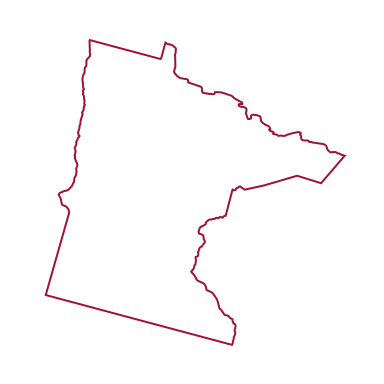 SVG path tracing the border of Minnesota, rotated 15°
{"feature_id": "USA-3514", "entity_name": "Minnesota", "entity_type": "State", "adm_level": 1, "iso_a3": "USA", "parent_name": "United States of America", "parent_adm1": "", "projection": "equal_earth", "projection_center": [-93.694, 46.435], "detail": "fine", "context": "isolated", "style": "outline", "palette": "rose", "viewbox_px": 384, "rotation_deg": 15, "n_neighbors": 0, "source": "natural_earth", "source_scale": "10m", "svg_char_len": 5842}
<svg xmlns="http://www.w3.org/2000/svg" viewBox="0 0 384 384"><g transform="rotate(15 192 192)"><path d="M54.0,71.7L126.9,71.7L127.2,71.6L127.5,71.3L127.6,70.8L127.7,54.6L129.7,55.3L134.0,55.2L136.0,55.7L138.4,56.9L139.1,57.4L139.5,58.1L139.7,59.9L140.0,61.0L140.2,61.8L140.0,63.8L140.3,64.7L140.7,65.6L143.5,75.3L143.4,78.5L143.4,79.4L143.5,80.1L143.8,80.9L144.2,81.4L147.6,83.8L150.3,84.8L151.7,85.0L157.7,84.4L158.3,84.5L158.7,84.6L159.0,84.9L159.3,85.1L159.6,85.5L159.7,85.8L159.8,87.0L160.5,87.2L173.2,88.0L174.6,88.8L175.6,92.2L176.7,93.3L177.4,93.4L182.5,92.8L183.0,93.0L184.2,92.4L186.9,92.2L188.0,91.6L188.3,90.9L188.3,90.2L188.3,89.7L189.6,89.4L190.7,88.9L195.3,88.2L205.2,88.8L206.0,89.1L208.6,90.5L214.3,92.0L217.0,92.5L217.7,93.3L217.8,94.1L217.1,94.3L215.5,94.6L214.8,95.0L214.5,96.0L215.1,96.7L216.0,96.8L216.7,97.0L219.8,96.6L221.4,96.7L222.7,97.2L223.3,98.3L223.5,99.0L223.6,100.9L223.7,102.0L224.1,102.8L225.3,104.2L226.6,106.4L227.0,106.9L227.7,106.9L228.6,106.6L229.4,106.1L229.9,105.7L229.8,104.7L229.5,103.8L229.4,102.8L230.2,101.9L231.0,101.5L234.7,101.0L237.7,101.2L238.7,101.8L239.2,102.7L239.5,103.9L240.0,105.1L240.6,105.7L241.2,106.3L241.8,106.6L245.6,108.1L248.8,108.5L249.5,108.9L250.1,109.4L251.3,110.8L250.5,112.0L251.4,112.6L254.0,113.0L254.8,113.0L255.1,113.1L255.4,113.4L255.5,113.9L255.3,114.3L255.2,114.7L255.6,114.9L258.8,114.7L259.6,114.9L260.3,115.3L260.9,115.4L263.1,114.5L266.3,114.1L267.7,113.3L268.9,112.2L273.6,109.3L275.1,108.6L275.8,108.2L278.9,106.7L280.6,106.4L281.8,107.0L281.9,107.4L281.5,108.0L281.5,108.4L281.8,109.0L282.1,109.2L282.5,109.4L282.9,109.7L283.2,110.4L283.5,111.7L283.9,112.5L285.2,113.3L286.9,113.2L290.1,112.4L291.0,112.3L291.5,112.6L291.9,113.0L292.6,113.3L293.0,113.2L294.1,112.8L294.5,112.7L294.7,112.8L294.9,112.9L295.2,113.0L305.6,111.8L307.7,111.8L309.4,112.5L309.9,112.9L311.8,115.8L312.3,116.3L312.8,116.7L315.0,117.7L315.6,117.8L319.2,116.5L320.0,116.3L320.6,116.3L321.2,116.5L322.0,116.9L322.4,117.0L323.6,116.7L324.4,116.8L326.7,117.3L330.1,117.4L314.4,150.1L289.3,149.1L260.1,166.9L242.3,176.1L237.0,174.2L236.5,174.4L235.9,174.8L235.6,175.2L235.3,176.0L235.2,176.2L235.0,176.3L234.4,176.5L234.2,176.6L233.9,176.9L233.8,177.1L233.7,177.4L233.5,178.6L233.4,178.9L233.2,179.1L232.5,179.3L231.9,179.4L231.3,179.3L230.6,179.1L230.5,179.3L230.7,206.3L230.0,206.4L229.5,206.7L229.0,207.3L228.6,207.9L228.5,208.5L228.1,208.9L227.3,208.9L226.4,208.7L225.7,208.7L225.2,209.1L224.4,210.3L223.9,210.6L222.4,210.6L222.0,210.7L221.4,211.2L221.3,211.4L220.9,212.0L220.7,212.2L220.4,212.4L219.5,212.5L217.5,213.7L216.9,213.8L215.7,214.3L214.7,215.5L213.3,218.0L213.5,219.4L212.5,220.8L209.3,223.6L209.0,224.2L208.8,225.0L208.6,228.5L209.3,230.2L210.9,230.5L212.7,230.5L214.1,231.0L214.5,231.7L215.1,233.5L215.4,234.2L216.0,235.0L216.7,235.6L217.2,236.4L217.4,237.3L217.2,238.1L216.2,239.8L215.7,241.7L215.3,242.3L214.7,242.7L214.2,243.3L213.9,244.1L213.7,244.9L213.7,247.1L213.5,248.1L213.4,248.6L213.6,248.9L214.2,250.4L214.3,251.5L214.1,252.5L213.6,253.1L212.9,253.4L212.4,253.8L212.6,254.9L213.5,257.0L213.8,259.0L214.0,261.1L213.9,261.4L213.4,262.2L213.3,262.7L213.5,264.2L213.5,264.8L213.3,266.1L211.8,269.1L212.8,269.9L215.1,271.3L217.7,273.7L218.3,274.1L218.5,274.5L218.7,275.0L218.9,275.3L220.5,276.2L226.2,277.1L227.5,277.6L228.8,278.5L229.8,279.8L230.8,281.8L231.1,282.4L231.5,282.8L232.0,283.0L236.3,283.7L238.3,284.4L243.9,289.2L245.4,291.5L248.2,296.6L248.9,297.5L250.4,298.1L254.7,301.8L255.1,302.0L255.6,302.2L259.2,302.2L259.4,302.3L261.5,303.9L261.8,304.0L262.1,304.1L263.4,304.2L263.9,304.4L264.1,304.7L264.3,304.9L264.4,305.6L264.7,306.3L265.6,307.3L265.9,308.0L267.5,308.5L268.0,308.8L268.3,309.2L268.6,309.7L268.7,310.2L268.9,311.4L269.0,312.5L268.9,313.9L268.9,314.3L269.0,314.7L269.2,315.1L269.4,315.5L269.9,316.1L270.1,316.4L270.2,316.9L270.4,317.8L270.4,318.7L270.0,321.3L270.0,321.8L270.3,323.1L270.3,323.6L270.2,325.1L270.2,325.7L270.4,327.0L270.5,327.6L270.4,328.2L270.2,329.3L77.4,329.4L78.7,243.4L77.3,241.0L77.0,240.7L76.1,240.0L75.7,239.6L74.7,238.8L73.1,238.4L70.2,238.1L69.5,237.5L68.7,236.1L67.4,233.2L66.7,232.1L64.9,230.2L64.0,229.0L64.2,228.0L64.6,227.0L64.9,226.8L66.6,225.6L67.5,224.7L67.9,224.4L70.6,223.0L71.5,222.3L71.9,221.9L72.3,221.4L73.5,219.0L74.2,217.8L74.5,217.0L74.9,214.1L75.0,213.9L75.5,213.0L74.8,209.4L74.8,208.3L75.3,207.3L75.5,206.0L75.6,205.4L75.3,203.6L75.2,203.4L75.2,202.8L75.3,202.5L75.3,202.2L74.5,200.9L74.4,200.5L74.2,200.0L74.2,199.0L74.3,196.0L74.1,195.0L73.6,194.2L72.4,192.9L70.3,189.9L70.1,189.3L70.0,188.9L70.0,188.5L70.0,188.1L69.8,187.7L69.2,187.1L69.0,186.8L69.3,185.9L69.2,184.9L69.1,183.1L68.8,182.2L67.7,180.7L67.4,180.1L67.3,179.1L67.8,177.5L67.9,176.4L67.8,175.4L67.3,173.7L67.2,173.0L67.3,172.6L67.7,171.8L67.8,171.5L67.8,170.9L67.8,169.4L67.9,168.9L68.5,168.3L68.7,167.5L68.8,167.3L68.9,167.1L68.7,166.8L68.5,166.6L68.1,166.5L67.7,166.3L67.3,166.1L67.1,166.0L67.3,166.0L67.3,165.7L67.1,165.1L66.7,164.3L66.5,163.9L66.5,163.3L66.8,160.2L66.7,159.3L66.3,157.4L66.3,156.9L66.4,156.4L66.5,156.0L66.6,155.7L66.5,154.7L66.0,152.4L65.9,151.4L66.3,145.5L66.1,145.0L65.8,144.6L65.3,144.1L65.4,143.1L66.0,140.7L66.0,140.1L65.7,139.3L65.6,138.5L65.7,137.5L65.7,136.4L66.0,135.8L66.0,135.5L65.8,135.3L65.2,134.8L64.8,133.6L64.7,131.9L64.3,131.1L63.8,130.4L63.4,129.5L62.9,127.8L62.7,127.3L61.9,126.3L61.7,126.1L61.5,125.9L61.3,125.8L61.3,125.6L61.5,125.3L61.5,125.0L60.6,122.8L60.5,121.7L61.1,120.6L59.9,119.3L59.3,117.8L58.9,116.1L57.4,112.7L56.9,111.0L56.7,109.3L56.7,107.4L57.3,104.2L57.1,103.5L56.9,102.8L56.3,99.8L56.5,99.3L56.9,98.5L57.1,98.0L57.2,97.5L57.0,96.7L56.8,95.3L56.0,92.6L56.4,90.7L57.4,89.0L58.2,87.3L57.9,85.1L57.1,83.5L56.8,82.8L56.6,81.0L55.6,78.6L55.4,77.0L55.2,76.6L55.0,76.2L54.8,75.8L54.5,74.3L54.2,73.5L53.9,72.8L54.0,71.7Z" fill="none" stroke="#9f1239" stroke-width="2"/></g></svg>